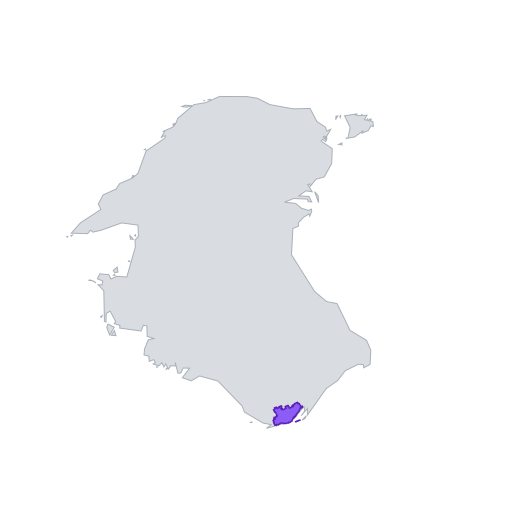 Carnarvon, Western Australia, Australia shown in context, rotated 242°
{"feature_id": "25037944B73025640718230", "entity_name": "Carnarvon", "entity_type": "district", "adm_level": 2, "iso_a3": "AUS", "parent_name": "Australia", "parent_adm1": "Western Australia", "projection": "orthographic", "projection_center": [113.812, -24.467], "detail": "fine", "context": "in_parent", "style": "filled", "palette": "violet", "viewbox_px": 512, "rotation_deg": 242, "n_neighbors": 0, "source": "geoboundaries", "source_scale": "gbopen_adm2", "svg_char_len": 7197}
<svg xmlns="http://www.w3.org/2000/svg" viewBox="0 0 512 512"><g transform="rotate(242 256 256)"><path d="M367.8,116.9L369.9,140.8L376.0,141.2L381.7,149.6L380.8,163.9L384.0,169.8L382.8,183.1L384.3,190.5L400.3,208.2L402.8,230.8L404.6,232.5L405.8,228.9L408.7,233.8L409.7,232.2L408.8,243.1L410.3,246.9L414.3,251.7L418.8,272.2L415.0,283.7L414.0,298.7L400.9,323.0L394.6,331.3L383.1,339.4L368.4,358.0L360.9,373.0L346.3,372.9L337.3,377.7L333.0,377.2L332.8,381.4L328.2,374.1L329.6,373.0L329.7,371.5L328.5,371.2L325.5,373.0L324.4,371.2L327.8,369.5L326.9,367.4L315.0,373.7L302.1,366.2L293.8,353.4L295.6,345.1L292.1,336.6L294.4,337.4L294.9,335.1L286.3,335.8L290.1,330.7L289.0,322.0L283.8,330.7L277.6,330.6L279.3,327.7L282.1,328.1L289.1,316.2L290.2,306.4L283.8,315.7L276.9,318.5L271.5,323.8L271.4,326.9L269.1,326.1L265.9,322.1L268.3,322.5L267.9,316.2L265.4,308.9L262.4,307.5L263.0,301.5L240.4,287.9L197.0,291.1L182.7,296.9L175.9,305.2L146.2,304.1L129.6,314.0L118.8,313.1L106.7,305.8L106.7,298.6L109.7,299.8L112.4,295.5L112.8,280.9L107.7,269.7L106.0,255.8L91.4,226.7L97.2,229.8L93.8,220.9L96.2,226.2L100.5,227.7L93.4,209.5L98.9,184.3L100.0,190.2L105.2,183.8L123.6,172.5L130.1,173.3L163.5,163.7L176.6,149.8L176.2,140.2L183.1,133.8L188.1,144.7L191.3,139.1L188.0,134.6L189.2,132.1L199.9,134.7L196.6,133.4L199.1,129.4L197.3,125.6L203.1,125.6L201.2,122.7L206.0,122.7L204.6,118.6L209.0,114.5L209.2,117.2L212.5,117.1L213.1,112.2L217.8,114.4L221.2,110.7L226.2,113.9L232.6,121.6L231.0,127.1L236.1,122.2L245.5,126.8L247.7,124.1L243.7,119.3L256.4,101.8L258.6,103.3L262.8,99.1L264.0,101.3L275.7,101.4L275.7,96.8L268.1,92.5L269.5,91.5L296.7,105.3L304.9,103.1L302.7,106.4L305.9,109.0L310.3,105.3L313.6,109.7L308.6,117.3L303.8,117.2L303.5,123.3L298.1,132.1L320.6,153.7L326.9,156.7L328.4,161.3L338.7,166.3L348.3,152.9L351.5,131.2L353.6,123.3L356.5,122.0L354.8,117.8L362.9,103.6L367.8,116.9ZM316.9,392.5L325.3,399.5L338.2,400.0L333.9,412.4L334.1,409.9L331.9,412.2L328.2,420.1L325.5,415.7L319.9,422.3L315.2,420.4L317.0,418.6L314.0,414.0L314.7,407.3L316.2,408.9L314.8,399.1L316.9,392.5ZM254.9,89.7L263.1,90.7L265.4,93.4L259.7,97.4L254.9,89.7ZM273.7,336.3L285.3,338.0L279.9,339.2L273.7,336.3ZM310.3,123.2L311.4,128.2L306.6,126.6L307.7,123.4L310.3,123.2ZM418.8,270.0L420.0,264.6L422.7,260.7L422.5,264.1L418.8,270.0ZM339.0,390.3L341.9,392.3L341.3,394.0L339.0,390.3ZM254.0,91.0L256.6,95.9L251.4,95.0L254.0,91.0ZM315.5,385.0L313.7,384.1L315.7,381.4L315.5,385.0ZM333.2,154.2L330.8,155.1L328.4,155.5L329.9,153.0L333.2,154.2ZM91.4,225.4L89.5,222.8L89.3,220.3L89.6,220.2L91.4,225.4ZM339.9,395.5L340.7,397.0L338.7,395.3L339.9,395.5ZM410.0,244.2L411.5,244.7L410.9,247.0L410.0,244.2ZM383.3,183.0L385.0,184.9L384.5,185.6L383.3,183.0ZM323.6,420.0L322.9,422.0L322.0,421.1L323.6,420.0ZM416.6,286.4L415.8,289.3L415.6,289.2L416.6,286.4ZM275.6,92.2L274.3,90.8L275.3,90.2L275.6,92.2ZM312.7,98.3L310.6,100.3L313.2,96.6L312.7,98.3ZM417.8,283.0L416.9,283.7L417.6,282.9L417.8,283.0ZM311.5,141.7L310.4,141.9L311.1,140.9L311.5,141.7ZM306.4,122.4L305.1,122.4L306.0,121.1L306.4,122.4ZM111.9,172.5L111.5,174.4L110.8,174.2L111.9,172.5ZM360.8,102.0L360.6,103.6L360.1,102.4L360.8,102.0ZM328.3,371.9L328.2,372.9L327.9,372.6L328.3,371.9ZM310.1,100.9L307.3,102.0L310.2,100.5L310.1,100.9ZM204.9,116.3L203.8,117.3L204.5,116.1L204.9,116.3ZM324.9,418.8L324.1,419.0L324.8,418.4L324.9,418.8ZM331.4,159.5L330.1,159.2L330.9,158.4L331.4,159.5ZM198.9,124.4L198.1,125.0L198.1,123.5L198.9,124.4ZM331.3,415.9L330.2,416.3L330.9,415.3L331.3,415.9ZM362.0,98.0L361.7,99.0L361.1,98.3L362.0,98.0ZM327.3,373.1L327.9,374.2L326.5,373.6L327.3,373.1ZM402.4,208.7L401.6,208.5L402.2,207.4L402.4,208.7ZM405.1,228.6L404.7,228.4L405.2,227.6L405.1,228.6ZM317.8,391.1L317.3,391.8L317.4,390.8L317.8,391.1Z" fill="#d9dde1" stroke="#a8b0b8" stroke-width="1"/><path d="M104.1,195.5L103.7,195.2L103.2,194.7L103.0,194.4L102.8,193.9L100.5,193.9L100.5,193.3L97.7,193.3L97.7,194.6L97.0,194.6L97.1,194.9L97.1,195.1L97.1,195.3L97.1,195.7L97.1,195.8L97.0,196.1L96.9,196.2L96.8,196.4L96.5,196.5L96.6,196.8L96.6,197.0L96.6,197.3L96.6,197.5L96.7,197.8L96.7,198.0L96.8,198.1L96.8,198.4L96.8,198.5L96.8,198.9L96.7,199.0L96.7,199.3L96.7,200.1L96.5,200.4L96.4,200.5L96.2,200.7L96.0,201.0L95.7,201.1L95.4,201.4L95.3,201.5L95.2,201.5L95.0,201.9L95.0,202.1L94.9,202.4L94.9,202.5L94.7,202.9L94.4,203.0L94.4,203.3L94.3,203.7L94.1,203.9L94.0,204.0L93.9,204.2L93.9,204.3L93.9,204.8L93.8,205.3L93.7,205.5L93.5,206.0L93.4,206.1L93.7,206.5L93.7,207.0L93.4,207.4L93.2,207.4L93.3,208.2L93.3,208.4L93.3,208.7L93.3,208.9L93.3,209.1L93.3,209.9L93.5,210.0L93.5,210.3L93.7,210.5L93.9,210.7L94.1,210.9L94.3,211.3L94.9,211.9L95.3,212.5L95.4,212.8L95.4,213.0L95.3,213.4L95.3,213.5L95.3,213.4L95.2,213.4L95.2,213.5L95.3,213.7L95.5,213.7L95.8,213.5L96.0,213.6L95.8,213.6L95.7,213.7L95.5,213.8L95.6,214.0L95.8,214.3L95.7,214.4L95.8,214.5L95.7,214.5L95.7,215.2L95.7,215.5L95.9,215.6L96.0,215.9L96.2,216.2L96.4,216.3L96.6,216.4L96.8,216.5L97.0,216.7L97.0,216.8L97.1,217.0L97.3,217.6L97.2,217.5L97.5,217.9L97.4,217.9L97.5,218.0L97.4,217.9L97.6,218.2L97.7,218.3L97.7,218.5L97.8,218.9L97.9,219.0L98.0,219.3L98.1,219.5L98.1,219.8L98.1,219.7L98.2,219.9L98.3,220.1L98.4,220.3L98.6,220.6L98.6,220.8L98.8,221.1L98.6,221.0L98.8,221.1L98.7,221.1L98.8,221.3L98.8,221.2L99.0,221.5L99.5,221.9L99.7,222.2L99.7,222.3L99.7,222.5L99.8,222.6L100.0,222.8L100.1,223.0L100.1,222.9L100.2,223.0L100.4,223.2L100.4,223.3L100.5,223.4L100.7,223.5L100.8,223.7L101.0,223.8L100.8,224.1L100.8,224.3L100.9,224.5L101.0,224.7L100.9,224.8L100.7,224.8L100.6,224.6L100.4,224.7L100.4,224.9L100.5,225.0L100.6,225.3L100.7,225.6L100.8,225.6L100.7,225.9L100.7,226.0L100.8,226.1L100.9,226.3L101.8,226.3L101.8,224.9L105.3,224.9L105.4,224.3L106.2,224.3L106.2,223.7L107.4,223.7L107.5,220.7L107.0,220.7L107.0,219.4L107.0,219.2L107.1,218.5L105.8,218.5L105.8,217.9L106.6,217.9L106.6,217.1L105.8,217.1L105.9,214.7L106.0,214.6L106.0,214.2L107.3,214.2L107.3,214.3L107.9,214.3L107.9,214.2L108.7,214.2L108.7,213.8L109.1,213.8L109.1,213.1L109.3,211.6L108.9,211.6L109.0,210.9L107.5,210.9L107.5,209.7L107.6,207.6L108.7,207.6L108.7,206.4L109.6,206.4L109.5,207.4L111.1,207.5L111.1,208.0L111.6,208.0L111.6,207.6L111.8,207.6L111.8,206.9L112.0,206.9L112.0,206.1L111.9,206.1L112.0,205.3L111.3,205.3L111.3,204.9L111.3,204.7L111.3,204.4L111.5,204.2L111.5,203.8L111.4,203.3L111.5,203.3L111.9,203.3L111.9,203.1L112.8,203.1L112.8,202.1L113.1,202.1L113.2,201.1L112.4,201.1L112.4,200.2L112.5,200.2L112.0,200.2L112.0,199.3L109.5,199.2L109.5,199.8L105.3,199.8L105.3,199.2L104.4,199.2L104.4,197.5L104.8,197.5L104.8,196.6L103.6,196.6L103.6,196.1L103.0,196.1L103.0,195.5L104.1,195.5L104.1,195.5ZM90.7,216.8L90.6,216.6L90.7,216.4L90.7,216.1L90.8,216.0L90.8,215.8L90.9,215.6L90.8,215.4L90.8,215.2L90.6,215.4L90.6,215.5L90.6,216.2L90.5,216.9L90.4,217.3L90.4,217.7L90.5,217.7L90.5,217.4L90.5,217.2L90.5,216.9L90.7,216.8ZM90.8,214.0L90.8,214.4L90.8,214.9L90.9,214.7L91.1,214.4L91.0,213.9L90.9,213.8L91.0,213.7L91.1,213.3L91.2,213.1L91.2,212.9L91.1,212.7L91.1,212.8L91.0,213.0L90.9,213.3L90.9,213.5L90.8,214.0ZM95.4,214.0L95.5,214.0L95.4,213.9L95.5,213.8L95.3,213.8L95.4,214.1L95.4,214.0ZM95.5,213.9L95.4,213.9L95.5,213.9ZM95.3,213.7L95.2,213.7L95.3,213.7Z" fill="#8b5cf6" stroke="#5b21b6" stroke-width="1.5"/></g></svg>